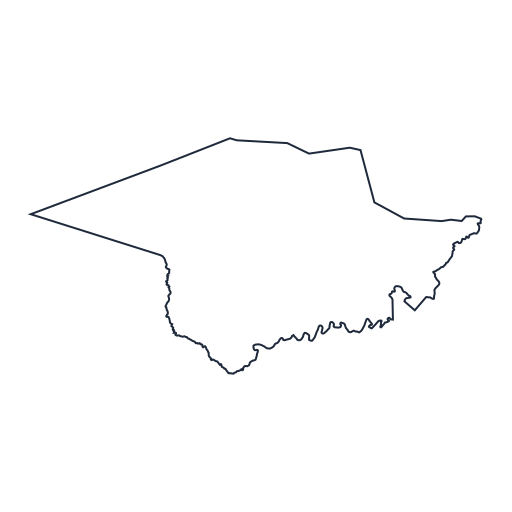 outline of San Pedro Sula, Cortés, Honduras
{"feature_id": "27666195B7809661399251", "entity_name": "San Pedro Sula", "entity_type": "district", "adm_level": 2, "iso_a3": "HND", "parent_name": "Honduras", "parent_adm1": "Cortés", "projection": "robinson", "projection_center": [-88.073, 15.5], "detail": "fine", "context": "isolated", "style": "outline", "palette": "slate", "viewbox_px": 512, "rotation_deg": 0, "n_neighbors": 0, "source": "geoboundaries", "source_scale": "gbopen_adm2", "svg_char_len": 6126}
<svg xmlns="http://www.w3.org/2000/svg" viewBox="0 0 512 512"><path d="M481.1,218.7L474.8,216.3L465.9,216.4L461.7,221.0L450.9,219.7L441.6,221.1L404.1,218.5L374.4,202.4L360.5,150.1L349.8,147.7L309.1,153.6L303.8,151.1L287.3,143.1L236.8,140.3L230.0,138.3L159.9,165.8L30.7,214.2L160.0,255.0L162.3,256.0L164.5,258.6L165.1,260.1L165.5,262.0L166.6,264.0L166.7,265.0L165.9,266.7L165.9,267.4L166.6,267.9L166.9,268.5L167.9,268.9L169.0,269.2L169.4,269.7L169.2,271.2L169.1,273.0L168.8,273.5L167.6,274.3L167.4,274.8L167.4,275.1L168.1,275.8L167.2,276.3L167.3,276.8L167.9,277.7L167.8,278.1L167.3,278.6L167.6,279.7L167.6,280.1L167.2,280.6L166.2,281.2L166.1,281.6L166.4,282.0L167.1,282.3L167.3,282.8L166.6,284.1L166.6,284.5L167.3,285.1L168.4,285.2L168.8,286.2L169.3,286.5L169.2,286.8L168.6,287.1L168.5,287.4L169.3,288.3L169.3,289.9L170.5,291.9L170.6,292.7L170.3,293.7L169.1,294.8L168.3,296.0L169.0,298.1L169.1,299.2L169.0,300.0L168.3,301.6L167.3,302.5L165.5,306.3L165.7,306.9L166.4,307.4L166.3,308.2L166.8,309.4L166.8,310.1L167.6,311.2L167.7,312.2L167.9,312.9L167.7,313.9L166.5,315.4L166.3,316.5L166.5,316.7L167.0,316.9L168.2,316.8L168.7,317.2L169.2,318.4L169.8,321.0L170.0,322.5L170.7,323.4L172.2,324.2L171.5,325.5L171.4,326.0L171.6,326.3L172.7,327.1L173.2,327.7L173.2,328.0L172.7,329.3L173.1,330.1L173.7,329.9L174.0,330.1L174.1,330.7L173.8,331.7L174.4,332.2L174.1,332.7L175.3,332.5L176.0,333.0L176.0,333.5L175.4,334.6L175.6,335.0L176.4,335.4L177.4,335.6L178.9,335.3L179.7,335.9L182.5,336.7L184.6,336.3L185.8,337.0L186.8,337.1L187.7,338.2L189.6,339.1L192.6,340.9L194.6,341.6L195.8,343.2L197.1,343.0L198.1,343.7L199.3,343.2L199.8,343.2L200.4,344.2L200.9,344.4L201.7,344.3L202.1,344.6L202.4,345.1L202.4,346.4L203.1,347.3L203.4,347.2L203.9,346.7L204.4,346.3L205.2,346.3L205.6,346.8L206.5,349.2L207.9,351.1L208.2,352.2L208.7,352.9L208.7,355.0L208.9,356.0L209.3,356.7L210.9,358.3L210.8,359.4L211.1,359.8L211.8,360.1L212.7,359.5L213.4,359.6L215.7,361.1L217.4,361.5L218.9,363.6L220.0,364.9L220.3,364.8L220.6,364.2L220.9,364.1L221.1,364.4L221.4,364.8L221.7,366.5L222.1,367.1L223.6,367.6L224.4,368.7L225.4,368.8L226.7,370.8L227.8,372.1L228.4,373.1L229.5,373.1L229.9,373.4L230.6,373.2L233.0,373.7L233.7,373.5L234.0,373.0L234.3,372.8L235.8,372.4L237.1,371.1L238.6,371.0L240.7,370.0L241.6,370.1L241.3,369.3L241.5,369.1L242.2,369.1L242.5,368.9L243.1,369.3L243.3,367.7L244.6,366.2L245.1,366.0L247.3,366.2L248.5,365.6L249.2,364.9L250.0,362.4L250.6,361.9L252.7,360.6L254.5,360.3L255.6,359.6L256.8,355.6L257.0,353.8L257.7,352.2L257.9,351.0L257.8,350.3L257.5,350.0L256.9,349.9L256.1,350.2L254.9,350.1L254.3,349.7L253.9,349.1L253.5,347.4L253.4,346.0L253.9,345.3L255.5,344.6L258.2,344.3L260.1,344.6L261.8,345.2L264.3,346.5L266.7,348.2L269.2,348.6L270.1,348.5L271.8,347.7L273.5,346.5L275.2,343.8L277.4,342.9L278.4,342.0L279.8,339.4L281.1,338.1L281.7,338.0L282.3,338.2L282.8,338.7L283.4,340.0L284.1,340.2L284.6,340.2L287.0,339.5L289.5,338.9L290.4,338.5L291.5,337.4L292.1,335.9L293.5,335.1L293.9,335.6L294.1,336.1L294.6,336.6L296.5,338.5L297.3,339.8L298.5,340.2L299.9,340.2L301.2,339.4L301.8,338.6L303.0,336.7L303.6,334.4L304.5,333.0L304.9,332.8L305.8,333.0L307.3,333.8L308.3,334.5L309.0,335.2L309.2,335.9L309.0,339.2L309.2,340.0L310.4,340.5L311.9,340.8L313.1,339.6L314.9,336.9L316.7,331.9L317.7,330.0L318.8,326.6L319.3,325.9L320.0,325.5L320.7,325.5L321.5,325.9L322.2,326.7L322.5,327.6L322.5,328.6L321.5,332.2L321.7,332.9L322.1,333.3L322.8,333.5L323.4,333.5L324.2,333.1L326.7,330.9L328.4,329.0L329.2,328.3L329.5,327.4L329.5,326.1L330.3,322.7L330.5,322.3L331.2,322.0L332.4,322.2L333.5,323.2L334.0,324.4L333.6,326.3L334.1,326.9L334.8,327.3L338.3,327.6L339.5,327.4L340.3,327.1L340.8,326.4L341.1,325.5L340.9,324.9L340.3,324.2L340.3,323.3L341.0,322.6L341.5,322.6L343.8,323.5L344.4,323.9L344.8,324.5L345.7,327.4L346.2,328.4L347.4,329.7L348.5,331.6L349.9,332.2L351.2,332.0L353.3,330.8L353.8,330.7L355.9,331.6L357.1,331.5L359.0,332.4L359.4,332.3L361.1,330.9L361.9,330.0L364.3,325.6L365.5,322.0L366.4,319.7L366.8,319.1L367.4,318.8L367.9,318.9L368.6,319.4L369.5,320.9L372.0,324.0L371.8,324.7L370.2,325.0L369.1,326.1L368.9,326.7L369.2,327.1L371.4,328.3L371.8,328.3L374.9,325.1L378.2,321.3L379.1,320.8L380.3,320.5L381.3,320.6L381.6,321.1L380.9,322.6L381.0,324.9L380.3,326.6L380.5,327.2L381.1,327.3L381.8,326.6L383.1,324.9L384.1,323.9L384.8,322.6L386.9,322.2L388.9,321.1L388.9,320.6L388.0,320.0L387.6,319.3L387.7,318.6L388.3,318.1L388.8,317.8L389.4,317.8L390.8,319.4L392.9,319.6L392.5,299.7L392.1,298.6L391.6,297.8L389.5,295.7L389.4,295.0L389.5,294.5L389.8,294.2L391.0,293.8L391.5,293.3L391.8,292.8L392.0,291.7L392.3,291.4L392.7,291.3L394.1,291.7L394.8,291.4L394.9,290.8L394.3,288.7L394.3,288.2L395.0,286.8L395.7,286.3L396.6,286.2L398.1,286.2L399.9,286.7L400.8,287.1L401.7,288.0L402.7,290.4L403.6,291.7L403.9,291.9L405.4,292.3L406.0,292.6L406.7,293.3L408.4,295.3L408.8,295.6L409.6,295.8L410.2,296.2L410.6,297.1L410.4,297.5L406.4,298.2L405.6,298.7L405.1,299.5L405.0,299.9L404.7,300.2L404.4,301.3L414.8,310.3L426.1,297.1L426.7,297.0L427.9,297.3L429.6,297.3L430.1,297.4L432.5,298.8L433.3,298.9L433.7,298.8L434.0,298.4L434.1,296.1L434.6,294.1L434.7,292.7L434.4,291.0L434.6,289.5L435.5,288.2L438.4,285.3L439.2,284.2L439.3,283.5L439.2,282.4L438.8,281.6L436.5,279.1L436.2,278.2L435.1,276.7L435.0,276.3L435.1,274.5L434.5,273.6L433.5,272.6L433.3,272.0L433.8,271.7L435.6,271.2L437.1,270.0L438.9,269.2L441.2,267.2L443.2,266.8L444.4,265.3L445.4,264.7L446.1,262.9L447.4,262.5L448.0,261.8L449.3,259.7L452.0,256.1L452.5,253.2L452.7,251.2L454.2,249.7L454.1,249.2L453.2,248.2L453.1,247.7L453.3,247.2L454.4,246.5L454.5,246.2L454.4,245.8L453.7,245.4L453.1,244.6L453.3,244.2L453.9,243.6L456.8,242.1L457.5,241.8L457.8,241.9L458.8,243.0L459.6,243.1L460.4,242.9L461.0,242.5L461.4,241.9L462.2,239.3L462.5,238.9L464.2,239.2L465.3,239.0L465.7,238.4L466.2,236.9L466.5,236.6L467.0,236.7L467.9,237.7L468.3,237.8L468.6,237.6L469.0,236.9L469.4,235.3L470.0,234.8L474.1,233.2L476.1,233.6L476.6,233.5L477.1,233.1L478.9,230.5L479.3,227.2L479.1,226.0L477.9,224.4L477.7,223.6L477.9,223.4L478.3,223.2L480.4,223.3L480.7,223.1L480.6,221.1L481.3,219.3L481.1,218.7Z" fill="none" stroke="#1e293b" stroke-width="2"/></svg>